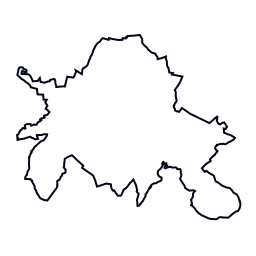 La Unión, Sucre, Colombia (Mercator projection), rotated 89°
{"feature_id": "7082276B70731756004161", "entity_name": "La Unión", "entity_type": "district", "adm_level": 2, "iso_a3": "COL", "parent_name": "Colombia", "parent_adm1": "Sucre", "projection": "mercator", "projection_center": [-75.264, 8.814], "detail": "fine", "context": "isolated", "style": "outline", "palette": "ink", "viewbox_px": 256, "rotation_deg": 89, "n_neighbors": 0, "source": "geoboundaries", "source_scale": "gbopen_adm2", "svg_char_len": 5811}
<svg xmlns="http://www.w3.org/2000/svg" viewBox="0 0 256 256"><g transform="rotate(89 128 128)"><path d="M155.4,41.2L154.1,39.8L153.6,39.9L153.4,39.7L153.4,39.4L152.8,39.0L152.4,39.5L151.4,40.3L149.5,41.3L147.7,40.7L146.7,38.8L146.3,39.0L146.1,37.5L145.5,36.0L145.7,34.2L145.4,32.8L145.9,31.8L145.9,31.0L145.3,29.7L143.9,27.5L143.3,25.8L141.6,22.9L140.9,22.1L139.8,21.2L137.6,24.2L134.4,32.0L130.2,32.2L130.7,30.6L128.5,29.0L124.1,31.7L124.5,33.6L126.0,35.8L125.3,37.6L122.2,39.1L121.3,38.8L118.3,38.4L118.1,38.7L124.5,46.5L114.9,65.5L109.0,73.7L112.8,76.7L112.3,78.0L112.1,79.2L111.2,80.8L109.8,80.6L108.6,81.6L107.8,81.8L106.7,81.9L106.0,81.6L106.0,81.4L103.9,80.5L103.1,79.6L102.7,79.3L101.3,78.9L97.5,79.7L93.4,79.6L92.3,79.9L90.8,80.5L86.4,77.2L84.5,76.0L81.9,74.6L77.5,72.7L75.3,83.1L73.9,82.1L73.2,85.7L68.9,86.5L67.3,87.4L66.0,87.9L62.1,88.0L59.0,89.0L58.0,89.0L57.2,88.9L58.7,93.0L59.7,97.2L57.6,97.3L55.3,99.0L54.3,99.3L53.7,100.5L53.3,102.4L52.2,104.0L50.6,105.6L50.2,106.3L48.0,107.6L46.2,109.8L44.0,111.6L43.2,112.1L42.3,112.4L40.4,112.2L39.1,112.4L35.2,114.5L35.8,121.2L36.1,127.0L37.3,127.3L37.2,128.4L38.4,128.6L38.1,131.8L39.8,132.1L39.8,136.4L38.7,142.2L37.8,145.4L39.5,145.8L37.8,151.5L38.1,152.2L39.1,153.2L41.3,154.7L42.1,156.3L42.8,157.1L45.7,159.3L45.8,159.2L49.5,161.2L53.9,162.7L56.1,164.3L57.7,164.6L59.5,165.7L61.6,166.3L64.2,167.3L65.1,168.0L65.7,168.7L66.8,170.3L67.6,171.9L68.1,172.3L69.5,172.7L73.3,173.2L69.4,179.3L70.8,179.0L75.1,180.7L75.0,180.9L76.5,181.6L76.5,182.8L75.7,187.9L85.4,190.4L85.2,192.4L85.8,199.0L84.6,199.1L82.0,199.8L79.5,199.9L78.6,200.2L77.7,200.8L78.5,204.9L79.6,205.2L79.9,205.5L80.1,207.4L81.3,210.8L80.3,214.6L76.5,215.3L79.3,217.3L79.4,217.9L79.6,222.4L76.5,223.6L74.5,224.6L73.4,225.6L72.7,226.6L72.5,226.9L72.0,233.6L70.2,233.3L68.9,232.7L70.3,230.7L70.2,228.5L68.8,228.4L68.1,228.7L67.2,231.1L66.0,231.8L65.3,233.6L65.8,235.7L66.7,236.0L66.8,236.2L73.0,237.7L73.3,237.5L77.2,233.4L78.7,230.9L80.5,229.0L81.3,227.8L82.9,225.9L83.7,225.2L84.9,224.6L85.6,224.5L87.3,218.4L92.8,217.8L93.2,212.2L94.0,212.2L98.2,211.9L98.4,208.8L100.8,210.3L102.5,209.4L104.1,208.2L107.3,210.0L108.6,208.3L110.6,206.3L112.4,207.5L113.4,208.6L114.1,210.9L114.0,211.1L114.3,211.7L114.7,211.9L115.0,211.9L115.6,211.4L116.1,211.1L116.3,211.2L116.8,213.3L116.7,214.2L117.0,214.7L117.6,214.8L118.4,214.6L118.2,215.8L118.5,215.8L119.2,215.4L119.5,215.4L120.8,218.0L121.4,218.5L123.2,219.4L123.3,219.8L123.0,220.2L123.1,221.2L122.9,221.6L122.9,222.2L123.8,224.1L124.0,224.9L122.4,225.3L122.3,226.2L122.4,229.2L123.1,230.8L123.5,231.2L126.6,230.6L126.9,231.4L126.1,233.1L126.3,233.4L127.6,234.3L128.8,235.9L132.6,237.9L133.0,239.0L135.3,238.8L135.6,238.4L136.2,238.0L136.6,238.2L136.8,238.8L138.0,238.7L137.3,235.6L136.8,232.1L135.0,226.1L136.2,224.1L137.7,220.7L137.2,218.1L135.9,218.7L135.3,218.7L134.6,219.2L133.5,219.3L133.5,214.5L132.9,212.8L132.8,210.6L133.0,209.0L134.5,209.4L135.7,210.1L139.1,212.8L139.4,214.6L140.4,216.0L145.8,222.2L147.0,222.6L148.2,223.9L149.7,224.5L149.6,225.1L150.4,225.2L151.1,225.0L151.6,225.3L151.4,225.6L154.2,226.7L155.2,226.9L155.2,227.3L156.0,227.5L158.5,227.4L163.1,227.7L165.8,227.4L167.3,227.5L169.4,229.0L172.0,229.8L172.9,229.8L174.1,230.8L175.5,231.6L177.1,231.7L177.5,226.4L177.8,226.3L178.4,225.4L178.5,225.7L181.6,223.9L184.8,222.3L185.8,222.5L186.8,222.3L188.8,221.1L191.4,220.3L193.1,219.2L193.9,218.6L196.1,217.4L196.5,217.1L197.2,216.0L198.7,212.8L198.9,210.4L199.1,209.9L186.4,200.2L185.4,200.0L184.6,199.5L183.8,199.9L182.8,199.5L180.8,199.8L179.8,199.6L179.4,199.3L178.9,197.9L178.3,197.3L175.6,196.0L174.7,195.0L172.7,194.4L172.4,193.8L171.8,191.7L171.1,191.3L168.5,191.1L167.6,191.8L166.8,192.6L166.1,193.0L164.9,192.5L163.2,192.5L157.6,191.7L157.5,191.2L156.3,189.5L154.2,184.5L158.6,180.1L164.9,173.4L167.0,174.6L174.6,164.1L175.5,163.4L179.9,161.7L186.0,160.0L184.7,155.5L183.2,151.0L183.8,146.7L184.0,146.1L187.8,145.7L190.2,144.4L190.4,143.9L190.0,143.1L195.5,139.4L195.6,138.6L195.3,136.0L190.3,133.7L189.5,133.3L187.9,130.8L187.4,130.3L182.9,126.8L182.2,125.9L179.6,123.6L184.6,121.3L185.7,120.9L190.7,119.9L191.6,120.4L192.9,119.6L193.7,118.6L194.5,118.6L200.2,120.3L203.5,119.9L205.4,120.0L206.1,119.8L205.9,118.4L201.3,114.5L195.9,111.4L195.0,111.7L194.5,111.5L193.5,110.6L192.5,109.9L187.9,107.4L188.3,106.7L187.3,106.0L186.8,106.7L185.7,105.9L185.1,105.2L183.9,103.3L183.6,100.7L182.5,99.1L181.8,96.9L181.3,96.2L180.3,95.3L178.2,95.3L177.1,97.5L176.3,98.2L174.8,98.9L173.4,99.1L171.4,98.6L168.4,95.4L168.6,95.4L165.8,93.9L164.3,94.5L162.5,93.3L163.1,92.6L163.5,92.5L164.7,92.4L164.2,90.7L163.8,90.5L163.9,90.3L165.6,90.7L166.0,89.5L166.8,89.9L166.4,90.9L166.1,90.8L167.0,91.7L168.4,92.2L169.0,91.1L168.4,90.1L168.2,89.6L167.5,86.5L168.4,84.2L168.2,80.9L168.5,80.4L169.9,79.5L170.1,78.3L170.0,76.6L170.4,76.3L171.3,76.0L174.0,76.0L175.4,75.4L177.2,75.7L179.7,76.9L184.7,73.9L186.8,72.5L189.1,71.8L191.7,67.7L191.4,63.5L192.2,62.1L194.4,64.0L194.9,64.2L197.6,64.2L199.7,65.3L200.3,66.0L200.8,66.2L201.2,66.2L202.0,65.8L203.2,65.8L204.6,65.3L205.3,65.4L205.6,66.0L206.2,66.2L206.5,65.5L206.8,65.4L208.6,63.4L209.7,62.5L211.5,61.5L214.5,58.7L215.7,56.9L216.6,55.8L217.2,54.1L217.7,53.8L217.9,52.8L220.0,48.5L220.2,47.8L220.8,41.5L220.4,40.5L219.0,38.5L218.7,37.6L219.1,34.7L219.4,29.6L218.7,28.3L215.7,24.9L213.9,22.3L213.6,21.8L212.9,19.4L212.4,19.2L210.8,18.1L208.7,17.3L206.5,17.0L205.3,17.0L204.6,17.2L203.8,17.2L203.9,17.5L202.0,18.0L201.9,17.9L198.7,19.0L196.4,20.4L194.7,23.2L194.2,23.8L191.5,25.6L189.8,27.4L189.6,27.9L189.6,28.7L189.1,30.8L187.7,33.7L187.4,34.8L187.1,35.0L184.5,38.3L183.1,40.9L182.1,41.6L177.2,43.0L176.5,43.9L175.4,46.2L172.2,50.5L173.2,52.1L169.5,54.8L165.2,50.4L162.4,45.9L160.7,46.6L160.4,46.4L157.3,43.0L156.6,41.8L155.4,41.2Z" fill="none" stroke="#020617" stroke-width="2"/></g></svg>